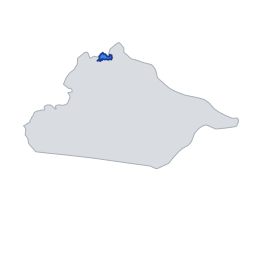 Harim, Idlib, Syria shown in context, rotated 39°
{"feature_id": "27442178B79082810780972", "entity_name": "Harim", "entity_type": "district", "adm_level": 2, "iso_a3": "SYR", "parent_name": "Syria", "parent_adm1": "Idlib", "projection": "mercator", "projection_center": [36.609, 36.125], "detail": "fine", "context": "in_parent", "style": "filled", "palette": "blue", "viewbox_px": 256, "rotation_deg": 39, "n_neighbors": 0, "source": "geoboundaries", "source_scale": "gbopen_adm2", "svg_char_len": 4206}
<svg xmlns="http://www.w3.org/2000/svg" viewBox="0 0 256 256"><g transform="rotate(39 128 128)"><path d="M48.2,94.9L50.1,95.1L54.1,97.5L54.8,97.5L56.0,94.2L57.2,93.1L59.6,92.2L60.3,87.0L61.5,86.0L62.9,85.4L65.0,85.3L66.9,85.0L67.0,84.1L64.4,78.0L64.7,76.5L65.9,70.4L66.7,68.0L67.5,67.2L70.4,67.5L74.6,68.6L75.7,70.3L77.7,71.9L80.8,71.8L84.3,72.1L87.1,72.2L89.3,71.1L94.2,69.0L96.7,68.3L98.9,67.4L106.1,64.1L109.0,64.3L110.9,64.8L112.4,65.3L115.8,67.6L118.6,69.9L120.6,70.6L124.1,70.6L129.2,71.0L135.4,71.0L139.1,70.3L143.7,69.2L152.0,66.4L163.0,60.7L169.4,57.9L172.2,57.6L175.8,57.5L179.4,58.3L183.5,58.8L185.4,58.7L189.8,58.2L195.5,57.0L199.2,56.0L203.5,54.5L206.2,51.8L207.1,51.6L208.2,52.0L208.8,52.2L209.9,53.7L211.0,57.5L211.0,58.0L210.8,59.1L208.0,62.2L204.1,66.4L201.4,69.1L196.7,73.6L193.2,74.6L187.3,76.2L185.7,77.8L184.3,80.3L183.4,83.8L183.2,86.0L183.0,90.0L184.4,94.2L185.7,98.2L185.9,100.9L185.7,103.5L184.5,106.2L183.1,110.1L182.3,114.4L181.8,122.4L181.8,129.2L181.7,130.3L179.3,135.1L176.5,140.7L175.2,142.0L169.0,143.7L162.2,147.8L154.7,152.4L147.9,156.5L140.7,160.8L133.2,165.3L127.9,168.5L120.7,172.8L114.2,176.9L107.7,181.0L102.7,184.2L95.1,189.1L90.6,192.0L84.1,196.3L78.3,200.0L71.5,204.4L63.0,203.1L60.3,202.4L58.0,200.2L56.4,199.1L52.4,198.0L49.8,194.0L48.2,192.6L45.5,192.0L46.7,189.4L46.9,187.7L48.1,185.7L47.3,184.3L47.0,181.5L46.5,180.8L46.3,180.0L46.7,179.1L46.5,178.1L46.1,177.7L45.8,176.3L45.5,175.2L45.7,174.0L46.3,173.1L46.9,171.5L47.6,171.0L48.7,170.0L49.0,168.9L50.1,167.9L51.4,167.1L51.8,166.4L51.6,166.0L50.2,165.2L49.4,163.9L50.1,161.9L50.5,161.3L51.4,160.4L53.2,158.9L54.7,158.7L55.9,158.7L58.0,158.8L59.7,159.0L60.1,158.7L60.0,158.2L58.0,157.0L57.9,156.1L58.4,155.1L59.8,153.5L61.5,152.3L62.4,152.1L64.4,149.7L65.6,147.1L63.6,140.6L62.4,139.6L60.4,138.7L59.2,138.6L59.1,138.2L60.7,136.5L61.8,135.1L60.6,133.7L58.3,133.1L57.5,134.5L54.7,134.6L50.3,134.6L48.3,127.8L48.1,124.8L48.1,121.4L49.4,116.3L48.8,114.0L48.8,112.4L48.4,110.3L45.0,105.6L46.8,97.0L48.2,94.9Z" fill="#d9dde1" stroke="#a8b0b8" stroke-width="1"/><path d="M70.0,82.5L70.0,82.3L69.9,82.2L69.8,81.9L69.7,81.8L69.5,81.7L69.3,81.7L69.2,81.8L69.2,82.0L69.3,82.1L69.1,82.1L68.9,82.2L68.7,82.3L68.3,82.3L68.2,82.2L67.8,82.3L67.7,82.3L67.7,82.6L67.8,82.9L68.0,82.9L68.4,83.0L68.5,83.2L68.5,83.3L68.4,83.6L68.3,83.8L68.4,84.0L68.5,84.1L68.7,84.3L68.6,84.5L68.1,84.9L67.9,85.1L67.6,85.1L67.4,85.2L67.1,85.2L66.7,85.5L66.2,85.5L65.8,85.2L65.7,85.2L65.4,85.1L64.9,85.2L64.5,84.9L64.4,84.9L64.1,84.9L63.9,85.0L63.7,85.1L63.4,85.0L63.2,85.3L63.2,85.5L63.1,85.8L62.9,85.9L62.9,86.0L62.7,86.0L62.6,85.9L62.4,85.8L61.9,85.7L61.6,85.6L61.3,85.3L61.0,85.2L60.9,85.3L60.9,85.7L61.0,86.0L61.0,86.3L60.9,86.4L60.7,86.4L60.6,86.5L60.4,87.0L60.7,87.6L60.8,87.9L60.5,88.6L60.6,88.9L60.6,89.0L60.6,89.3L60.8,89.5L60.9,89.8L60.7,90.1L60.8,90.5L60.8,90.8L61.0,90.8L61.3,91.0L61.3,91.3L61.5,91.4L61.7,91.5L61.8,91.9L62.1,92.0L62.3,92.0L62.3,91.9L62.5,91.9L62.6,92.0L62.5,92.3L62.5,92.5L62.3,92.7L62.2,92.7L62.2,92.8L62.1,93.1L62.1,93.3L62.3,93.5L62.2,93.6L62.1,93.8L62.0,94.0L61.9,94.2L61.9,94.3L61.9,94.6L61.8,95.0L62.0,95.1L62.2,94.8L62.4,94.5L62.5,94.1L62.5,93.9L62.6,93.7L62.7,93.4L62.9,93.3L63.0,93.7L63.2,93.8L63.6,93.8L63.8,93.7L64.0,93.6L64.0,93.4L64.0,93.2L64.4,93.2L64.5,93.2L64.4,92.9L64.4,92.7L64.4,92.3L64.4,92.2L64.4,91.9L64.3,91.6L64.6,91.5L64.8,91.8L65.2,91.8L65.3,91.7L65.2,91.5L64.8,91.5L64.8,91.4L64.8,91.1L64.7,90.9L64.5,90.7L64.6,90.3L65.3,90.0L65.5,90.1L65.8,89.9L66.0,89.9L66.3,89.8L66.3,89.5L66.4,89.4L66.5,89.4L66.9,89.5L67.0,89.4L67.2,89.2L67.3,89.1L67.4,88.8L67.5,88.6L67.5,88.4L67.6,88.2L67.7,87.9L67.9,87.8L68.0,87.7L68.4,87.8L68.5,87.9L68.6,88.0L68.8,88.0L69.0,87.9L68.9,87.8L68.8,87.7L68.7,87.6L68.9,87.5L69.1,87.5L69.3,87.4L69.5,87.3L69.6,87.2L69.9,87.2L70.0,87.2L70.1,86.9L70.4,86.5L70.3,86.4L70.2,86.4L70.2,86.2L70.3,86.2L70.5,85.9L70.8,85.7L71.0,85.5L71.3,85.6L71.7,85.5L71.8,85.5L71.8,85.4L71.8,85.2L72.0,85.1L72.0,84.9L72.0,84.7L71.9,84.5L71.7,84.5L71.6,84.4L71.6,84.2L71.4,84.0L71.4,83.9L71.5,83.8L71.5,83.7L71.5,83.4L71.4,83.4L71.3,83.5L71.1,83.5L70.9,83.5L70.8,83.3L70.8,83.2L70.7,82.9L70.4,82.9L70.2,82.8L70.1,82.6L70.0,82.5Z" fill="#3b82f6" stroke="#1e3a8a" stroke-width="1.5"/></g></svg>